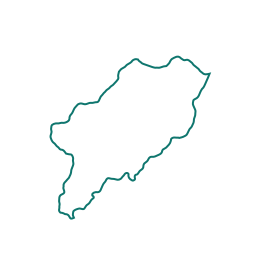 Villa Altagracia, San Cristóbal, Dominican Republic (Robinson projection), rotated 66°
{"feature_id": "3306468B65787617435828", "entity_name": "Villa Altagracia", "entity_type": "district", "adm_level": 2, "iso_a3": "DOM", "parent_name": "Dominican Republic", "parent_adm1": "San Cristóbal", "projection": "robinson", "projection_center": [-70.202, 18.655], "detail": "fine", "context": "isolated", "style": "outline", "palette": "teal", "viewbox_px": 256, "rotation_deg": 66, "n_neighbors": 0, "source": "geoboundaries", "source_scale": "gbopen_adm2", "svg_char_len": 5862}
<svg xmlns="http://www.w3.org/2000/svg" viewBox="0 0 256 256"><g transform="rotate(66 128 128)"><path d="M69.5,91.0L68.6,92.3L68.3,93.0L68.1,93.4L68.0,94.2L68.0,95.5L68.1,95.9L68.3,96.7L69.0,98.0L69.2,98.8L69.4,99.6L69.7,102.2L69.8,103.0L70.0,103.8L70.6,105.2L70.9,106.0L71.0,106.8L71.3,109.4L71.4,110.2L71.9,111.4L72.9,113.4L75.6,115.4L76.6,115.9L78.0,116.3L78.6,116.6L78.9,116.8L79.4,117.3L80.6,119.6L81.4,121.5L82.3,123.6L82.6,124.4L82.9,126.1L83.1,126.9L83.8,128.6L84.1,129.4L84.5,131.5L84.7,132.3L85.7,134.4L86.2,135.9L87.1,137.6L87.8,139.1L88.1,139.9L88.9,140.9L91.1,143.4L91.5,144.0L91.8,144.7L91.9,145.1L91.8,145.8L91.2,147.4L90.7,149.9L90.4,150.6L89.8,152.0L89.5,152.8L89.4,153.6L89.2,156.2L89.0,157.0L88.9,157.4L88.5,158.2L86.9,160.2L86.5,160.9L86.3,161.3L86.1,162.1L86.0,163.4L86.1,164.3L86.4,165.0L87.2,166.8L87.9,168.3L88.3,169.0L89.1,170.0L90.8,171.9L91.6,172.9L92.2,174.0L92.9,175.4L93.3,176.0L94.1,176.8L94.7,177.2L95.7,177.7L96.3,178.2L96.8,178.7L97.0,179.0L97.3,179.8L97.5,180.6L97.6,181.9L97.5,183.2L97.3,184.1L97.1,184.8L96.2,186.6L96.0,187.4L95.6,189.4L95.3,190.2L94.5,191.9L94.3,192.8L94.1,194.2L94.2,195.1L94.3,196.0L94.5,196.3L94.7,196.7L95.2,197.2L97.3,198.5L98.0,198.8L100.2,199.3L100.9,199.7L101.6,200.2L103.5,201.8L104.2,202.2L105.0,202.5L105.9,202.6L107.2,202.7L108.5,202.7L109.7,202.5L110.5,202.3L112.5,201.3L113.2,201.1L114.7,200.7L115.5,200.5L117.4,199.5L119.5,198.9L120.0,198.5L120.3,198.3L121.0,197.2L121.5,196.6L122.1,196.2L122.4,196.0L123.5,195.6L126.2,195.0L128.0,192.6L128.9,191.0L129.2,190.7L129.5,190.5L129.8,190.4L130.5,190.2L131.3,190.2L132.1,190.2L133.2,190.4L133.9,190.7L135.5,191.6L136.3,191.8L138.1,192.3L138.9,192.7L139.9,193.5L142.1,195.7L143.0,196.6L143.7,197.1L145.1,197.9L146.1,198.6L147.1,199.5L148.3,200.9L149.2,201.9L149.7,202.7L150.0,203.5L150.5,204.6L151.3,206.3L152.1,208.2L152.5,208.8L153.0,209.4L153.6,209.9L153.9,210.1L155.0,210.5L156.2,211.3L156.9,211.6L157.7,211.7L159.5,211.9L160.2,212.1L160.9,212.4L161.1,212.6L161.3,212.9L161.6,213.6L161.7,214.3L161.8,215.9L161.9,216.8L162.1,217.2L162.4,217.8L162.6,218.1L163.2,218.7L163.8,219.1L166.8,220.7L167.5,220.9L169.4,221.3L170.1,221.6L171.7,222.6L173.1,223.2L174.6,224.2L175.3,224.5L176.1,224.6L176.8,224.5L177.5,224.3L177.8,224.1L178.0,223.9L178.7,222.7L179.2,222.2L179.6,221.7L181.0,220.6L181.9,219.1L182.4,218.6L183.0,218.2L183.3,218.0L184.0,217.8L186.2,217.5L186.9,217.4L187.2,217.2L187.5,217.0L187.7,216.7L187.9,216.0L188.0,215.2L188.0,213.9L186.0,213.9L185.2,213.8L184.8,213.6L184.2,213.3L182.4,212.2L181.9,211.7L181.7,211.4L181.6,211.0L181.4,210.2L181.3,209.0L181.4,207.2L181.6,205.9L181.8,205.1L182.0,204.7L182.5,204.0L183.4,202.8L183.8,202.1L183.9,201.8L184.0,201.4L183.9,201.0L183.8,200.6L183.4,200.0L182.3,198.3L181.9,197.6L181.6,196.8L181.3,195.2L181.0,194.3L180.7,193.6L179.2,191.4L178.8,190.7L178.5,190.0L178.1,188.5L177.9,187.9L177.6,187.7L177.4,187.5L177.1,187.4L176.8,187.4L176.2,187.5L175.3,188.0L175.0,188.0L174.7,187.9L174.1,187.6L173.6,187.1L173.5,186.7L173.3,186.0L173.2,185.5L173.3,184.7L173.4,183.9L173.5,183.5L174.3,181.8L174.5,181.1L174.5,180.3L174.4,179.9L174.3,179.5L173.9,178.7L173.4,178.1L170.1,174.5L169.0,173.1L168.6,172.4L167.7,170.5L166.2,168.6L165.9,167.9L165.8,167.5L165.7,167.1L165.8,166.7L166.0,166.0L167.7,163.7L168.8,161.6L170.9,158.8L171.2,158.1L171.5,157.2L171.5,156.8L171.5,155.9L171.4,155.1L171.3,154.7L170.9,154.0L170.2,152.6L169.6,151.1L168.8,149.8L168.5,149.1L168.4,148.4L168.5,148.0L168.5,147.6L168.7,147.2L168.9,146.9L169.4,146.5L169.7,146.4L170.0,146.3L170.3,146.3L170.6,146.4L171.7,147.0L172.4,147.2L173.6,147.3L174.4,147.2L174.8,147.1L175.8,146.7L177.5,145.6L177.8,145.3L177.9,145.0L178.1,144.6L178.1,143.9L178.0,143.1L177.8,142.8L177.6,142.5L177.3,142.3L177.0,142.2L175.8,141.9L175.1,141.6L174.6,141.3L174.2,140.8L173.9,140.2L173.9,139.9L174.1,138.8L174.0,138.1L173.7,137.5L172.4,135.4L172.0,134.7L171.8,133.9L171.4,132.2L171.2,131.5L170.8,130.8L170.3,130.2L169.7,129.8L168.8,129.3L168.2,128.9L167.4,128.1L167.0,127.4L166.9,127.0L166.3,124.6L166.0,123.8L165.6,123.1L164.3,121.4L163.9,120.7L163.8,120.3L163.6,119.5L163.7,118.7L164.0,118.0L164.4,117.0L164.7,116.3L164.9,115.4L165.0,114.6L165.0,112.8L165.0,110.6L164.9,109.3L164.7,108.4L164.4,107.7L164.0,107.1L163.5,106.6L162.5,105.8L162.3,105.5L162.1,105.2L161.9,104.9L161.8,104.1L161.5,101.6L161.3,100.8L161.0,100.1L160.4,98.7L159.9,97.5L159.5,96.8L158.8,95.7L157.9,94.8L157.0,94.0L155.8,93.2L155.6,93.0L155.4,92.7L155.2,91.9L155.2,91.5L155.2,90.7L155.4,89.9L155.5,89.6L156.4,87.9L157.1,86.4L157.4,85.8L157.9,85.3L158.3,83.1L158.4,82.2L158.5,80.9L158.4,79.5L158.4,78.7L158.2,77.8L158.1,77.4L157.7,76.7L157.2,76.0L155.0,73.4L154.2,72.4L153.8,71.7L153.2,70.2L153.0,69.8L152.3,68.8L151.4,67.8L150.0,66.2L149.4,65.7L148.7,65.2L146.7,64.1L146.1,63.6L144.4,62.0L143.8,61.5L143.1,61.1L142.1,60.6L140.5,59.7L139.8,59.4L138.6,59.2L137.4,59.2L134.1,59.2L133.3,59.1L132.5,59.0L132.2,58.8L131.5,58.5L130.0,57.5L129.5,57.1L129.2,56.8L129.1,56.5L128.9,55.8L128.7,53.4L128.5,52.5L128.2,51.7L127.8,51.0L127.1,50.0L124.2,46.9L123.2,45.6L122.5,44.6L122.0,43.4L121.7,42.7L121.2,42.0L120.7,41.3L119.3,39.7L114.4,34.3L111.6,31.4L111.3,32.9L110.6,35.1L110.4,35.5L110.0,36.1L109.5,36.7L109.2,36.9L108.6,37.3L107.5,37.8L106.3,38.5L105.6,38.8L104.9,39.1L103.3,39.4L102.6,39.6L100.7,40.6L99.3,41.3L98.0,42.0L97.4,42.3L96.6,42.6L95.1,42.9L94.4,43.1L91.1,44.8L90.5,45.3L90.0,45.8L89.8,46.1L89.5,46.9L89.1,48.7L88.7,49.3L88.5,49.6L86.2,51.1L84.5,51.9L83.9,52.4L83.4,52.9L83.0,53.6L82.9,54.0L82.7,54.5L82.6,55.4L82.6,56.3L82.6,57.7L82.7,58.6L82.8,59.6L83.0,60.4L83.4,61.1L83.8,61.8L85.3,63.7L85.7,64.4L86.7,66.8L86.9,67.5L87.0,67.8L86.9,68.2L86.7,68.8L86.4,69.8L86.2,70.6L85.9,73.6L85.7,74.8L85.4,75.6L84.7,76.9L84.1,78.4L83.5,79.4L82.2,81.0L76.1,87.5L75.3,88.3L74.4,89.0L73.0,89.6L71.7,90.4L71.0,90.7L70.4,90.9L69.5,91.0Z" fill="none" stroke="#0f766e" stroke-width="2"/></g></svg>